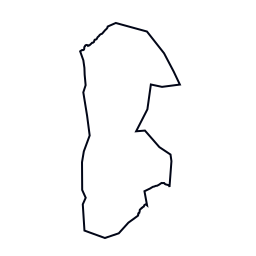 outline of Xaliun, Govi-Altay, Mongolia, rotated 82°
{"feature_id": "93677404B94337153520501", "entity_name": "Xaliun", "entity_type": "district", "adm_level": 2, "iso_a3": "MNG", "parent_name": "Mongolia", "parent_adm1": "Govi-Altay", "projection": "natural_earth1", "projection_center": [96.084, 46.015], "detail": "fine", "context": "isolated", "style": "outline", "palette": "ink", "viewbox_px": 256, "rotation_deg": 82, "n_neighbors": 0, "source": "geoboundaries", "source_scale": "gbopen_adm2", "svg_char_len": 1836}
<svg xmlns="http://www.w3.org/2000/svg" viewBox="0 0 256 256"><g transform="rotate(82 128 128)"><path d="M221.8,140.8L216.3,130.5L216.1,130.2L215.9,130.1L215.5,130.1L215.0,130.0L214.8,129.8L214.5,129.7L214.3,129.7L214.2,129.3L214.0,129.2L213.8,129.1L213.6,129.1L213.6,128.9L213.5,128.6L212.9,128.4L212.3,128.1L211.8,128.0L211.1,127.8L210.7,127.7L210.4,127.4L209.9,126.6L209.5,126.1L209.3,125.6L209.0,125.5L208.9,125.1L208.8,124.9L208.7,124.8L208.5,124.6L208.4,124.4L208.2,123.9L208.1,123.5L207.9,123.2L207.4,123.0L206.6,122.5L206.4,122.2L206.3,121.7L206.2,121.4L206.0,121.0L207.2,119.9L192.9,120.5L190.8,114.0L190.5,113.5L189.7,111.5L189.6,110.1L189.2,108.7L189.2,107.1L188.7,105.8L188.3,104.8L187.6,103.5L187.1,102.3L187.1,102.1L187.3,101.7L187.4,101.2L187.5,100.8L187.4,100.4L187.5,99.9L187.9,99.6L188.6,99.2L189.2,98.3L189.5,97.5L189.8,96.8L190.2,95.9L190.3,95.6L190.8,95.4L192.1,95.1L166.9,89.6L160.2,89.6L151.3,99.6L132.9,111.6L132.4,120.4L112.2,106.2L88.1,99.3L92.0,88.6L92.2,70.6L78.5,74.9L59.0,81.9L35.1,95.8L22.3,125.5L24.7,134.0L25.9,134.5L26.9,135.5L27.9,137.0L30.2,139.6L31.0,140.5L31.3,141.8L31.7,142.7L32.2,143.4L32.9,144.0L33.8,145.4L34.3,145.8L35.1,146.3L35.7,146.9L35.8,147.4L36.0,147.8L35.9,148.4L36.1,148.8L36.9,149.3L37.9,149.6L38.4,150.4L38.7,151.0L38.6,151.4L38.6,151.7L39.3,152.6L40.7,154.6L40.9,155.2L40.9,155.8L41.1,156.2L40.8,156.4L40.4,156.3L40.3,156.6L40.3,157.0L40.0,157.5L40.1,158.2L40.3,158.7L40.7,159.1L41.1,159.2L41.4,159.7L42.2,160.1L43.4,160.3L44.2,160.7L44.6,161.5L44.6,161.9L44.4,162.3L44.4,162.7L44.7,163.2L44.9,163.6L45.0,164.0L45.4,164.7L54.8,162.8L62.4,162.8L69.2,163.5L79.7,164.0L86.5,167.3L110.3,166.8L130.1,167.0L145.0,175.0L155.5,178.3L183.0,182.0L191.2,179.6L197.3,183.4L223.5,185.4L225.7,181.3L233.7,166.2L231.0,151.8L221.8,140.8Z" fill="none" stroke="#020617" stroke-width="2"/></g></svg>